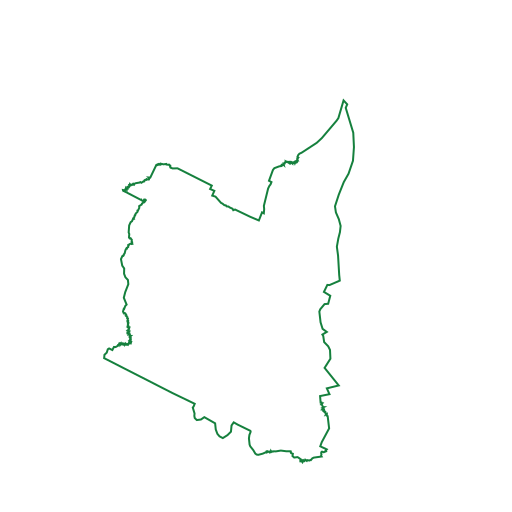 the district of Agusan del Sur, Agusan del Sur, Philippines, rotated 26°
{"feature_id": "2640588B20221108717018", "entity_name": "Agusan del Sur", "entity_type": "district", "adm_level": 2, "iso_a3": "PHL", "parent_name": "Philippines", "parent_adm1": "Agusan del Sur", "projection": "albers", "projection_center": [125.526, 8.58], "detail": "fine", "context": "isolated", "style": "outline", "palette": "green", "viewbox_px": 512, "rotation_deg": 26, "n_neighbors": 0, "source": "geoboundaries", "source_scale": "gbopen_adm2", "svg_char_len": 6160}
<svg xmlns="http://www.w3.org/2000/svg" viewBox="0 0 512 512"><g transform="rotate(26 256 256)"><path d="M126.5,217.9L126.6,231.9L125.1,232.5L126.0,232.8L125.9,233.6L126.2,234.1L125.4,234.7L124.0,234.8L123.9,235.8L123.1,236.0L122.6,236.8L122.9,237.9L122.5,238.3L122.1,238.3L120.9,240.4L119.6,240.3L119.2,241.0L116.1,243.2L114.9,244.6L115.0,245.1L114.1,244.9L114.1,245.8L113.5,245.8L113.5,246.3L113.0,246.5L112.6,247.3L111.2,246.7L111.3,247.2L110.9,247.6L111.7,248.2L111.0,249.2L111.5,249.0L111.7,249.3L111.6,249.8L110.7,249.5L111.2,250.0L110.6,250.7L110.5,251.3L111.1,251.8L110.4,252.4L110.6,252.9L110.0,252.6L110.3,253.1L109.8,253.7L109.3,253.4L109.3,254.8L108.9,254.5L108.5,255.1L108.2,254.5L108.2,254.8L107.5,255.0L107.9,255.5L127.8,256.0L128.1,255.6L129.0,256.1L130.7,256.2L131.2,255.4L130.9,254.8L131.4,254.6L131.1,254.1L131.9,253.8L132.5,254.1L132.1,256.4L131.7,256.3L130.5,259.0L130.7,259.8L129.1,262.4L130.0,263.9L130.0,266.7L129.6,267.1L130.0,267.5L130.1,268.4L129.3,270.5L129.6,272.5L129.3,272.8L129.6,273.6L129.3,273.3L129.3,273.6L129.7,274.9L129.2,275.8L129.8,276.2L129.2,276.6L129.3,279.1L128.5,280.6L128.6,284.1L131.2,290.6L132.5,291.9L133.7,295.0L134.4,295.4L135.1,295.1L135.2,295.5L136.0,295.3L137.3,295.9L137.8,297.4L138.5,297.7L139.1,298.7L138.8,299.0L139.4,299.4L139.0,299.7L138.3,299.3L136.9,301.2L136.9,302.1L136.4,302.3L137.2,304.0L136.6,304.9L136.7,305.8L136.2,305.8L136.1,308.0L136.8,311.3L136.5,312.4L136.8,313.4L136.7,314.0L136.2,314.1L135.9,314.6L136.0,318.0L140.0,323.3L143.0,325.0L145.2,329.8L148.0,332.4L151.4,333.7L153.6,337.3L154.3,345.8L155.5,351.5L161.0,356.4L160.4,358.2L160.7,361.3L160.3,361.4L160.8,364.2L161.8,365.1L162.8,364.9L162.9,365.4L163.9,365.0L165.5,366.0L165.9,366.6L165.6,366.9L167.3,367.4L167.5,368.4L168.4,368.5L168.8,370.5L169.5,370.3L169.7,370.8L169.4,371.2L169.9,371.8L170.5,371.8L170.7,372.3L170.3,372.6L171.0,373.5L171.0,374.3L171.7,374.5L172.0,375.0L171.7,375.8L173.0,375.6L172.8,376.2L173.5,376.2L173.4,376.8L173.8,377.1L173.6,377.5L173.9,377.9L173.3,379.0L174.2,378.9L174.4,379.5L175.1,379.3L174.8,380.5L173.9,381.0L174.3,381.8L175.3,381.3L175.7,382.4L176.0,382.0L176.7,382.1L176.8,381.6L177.9,382.7L177.4,382.9L177.6,383.1L178.5,382.7L178.2,383.5L178.7,383.9L178.1,384.3L178.4,384.6L179.1,384.1L178.5,384.8L179.5,385.4L179.4,386.7L179.8,386.9L180.2,386.4L180.4,387.1L179.9,387.5L181.0,387.7L180.4,388.5L180.9,389.0L181.6,388.8L181.7,389.4L180.9,389.4L180.8,389.8L179.8,389.4L180.0,390.4L179.4,391.1L179.7,391.2L179.8,392.0L178.8,392.0L178.8,392.4L178.2,392.7L177.7,392.1L177.4,392.4L177.0,392.1L176.9,392.8L176.6,392.3L175.9,393.5L175.4,393.0L175.0,393.7L174.5,393.3L174.3,393.7L173.9,393.5L173.6,394.3L173.2,394.0L173.0,394.9L172.5,393.8L172.1,394.5L171.5,394.4L171.5,396.1L171.1,396.4L171.4,397.0L169.7,399.4L168.2,400.0L168.1,403.5L164.5,403.5L163.7,404.8L164.2,408.3L163.1,411.2L164.3,414.4L240.8,415.8L265.7,415.7L265.9,418.7L265.6,419.9L269.8,424.5L270.7,426.8L272.0,428.5L274.7,429.4L278.2,427.1L280.2,423.5L292.6,424.3L295.9,429.6L299.3,432.8L302.3,434.1L306.0,434.2L308.9,429.5L310.5,424.9L308.3,419.0L308.9,415.3L313.7,415.6L327.5,415.6L328.0,415.9L328.3,416.8L328.5,419.7L329.6,423.0L332.9,428.3L334.3,429.6L338.7,431.7L342.0,433.9L343.6,434.2L345.2,433.7L348.7,430.7L350.7,428.3L351.5,428.1L351.1,427.0L351.6,426.5L352.6,426.4L352.8,426.7L353.6,426.1L354.1,426.4L354.4,425.6L354.9,426.2L355.4,425.8L355.1,424.9L355.6,425.2L356.1,424.6L356.9,424.5L357.1,424.0L359.5,422.9L363.6,420.0L368.6,418.3L373.5,416.0L373.2,416.4L373.5,417.5L374.0,417.8L375.8,417.6L376.5,419.8L378.7,420.4L381.4,418.6L382.3,418.6L385.4,419.1L385.5,420.4L385.9,421.1L387.3,420.4L388.2,421.0L388.3,420.3L387.1,419.6L387.7,418.7L389.4,419.0L389.5,417.5L391.5,417.9L391.6,417.0L393.7,416.4L394.3,415.5L394.8,415.4L395.3,413.2L396.3,411.9L402.8,407.5L402.1,407.1L401.8,405.6L400.9,404.5L400.8,403.3L401.1,402.9L402.9,402.7L404.5,400.9L403.9,400.6L404.4,398.8L397.2,398.9L396.7,394.5L397.3,378.9L390.6,368.5L389.6,368.5L388.9,366.9L388.3,367.7L388.3,367.0L386.7,366.5L387.0,366.2L386.7,365.7L385.5,365.5L385.1,365.0L385.0,365.7L384.4,365.8L383.6,364.3L383.6,364.8L382.9,365.0L383.8,362.9L383.2,363.4L382.3,363.4L383.2,362.1L382.5,362.4L380.3,360.7L379.8,360.8L380.2,359.2L379.3,359.5L379.0,359.0L378.3,359.4L375.0,353.8L382.6,348.0L377.7,343.9L387.1,336.1L366.7,326.5L367.9,315.7L363.7,308.0L360.5,305.5L355.0,303.5L351.5,298.4L350.1,297.5L352.9,293.2L347.8,292.3L343.1,287.3L337.3,278.2L337.1,275.7L338.7,269.2L341.8,267.3L340.2,259.2L332.8,258.5L332.8,250.7L334.8,249.9L342.1,241.4L339.1,236.6L329.6,219.7L324.6,212.2L322.3,204.1L321.0,197.8L318.9,191.9L314.3,186.6L308.7,181.8L305.2,176.7L303.5,164.5L302.5,151.1L303.1,141.5L301.4,127.9L296.3,115.2L289.4,102.6L271.7,83.5L271.5,79.7L266.5,77.8L269.6,96.0L269.1,99.1L263.5,121.1L261.0,127.6L251.7,143.2L250.2,145.0L249.7,146.7L249.8,148.9L250.1,149.2L250.8,149.1L250.5,150.5L250.9,150.6L250.9,151.4L251.5,151.8L251.0,152.0L251.1,152.4L250.5,153.0L251.7,153.4L251.6,154.0L251.4,154.2L251.1,153.6L250.7,154.2L250.4,153.7L250.2,154.4L249.9,154.2L250.1,153.8L249.8,153.8L249.1,154.8L250.1,154.7L250.2,155.6L249.7,155.2L249.1,156.1L249.4,155.4L248.3,155.7L248.8,156.2L248.4,156.5L248.1,156.0L247.5,156.0L248.0,156.9L246.8,156.6L246.4,157.5L246.0,157.0L245.8,157.6L245.4,157.5L245.3,158.0L244.8,157.9L244.6,156.8L243.9,157.2L243.6,157.8L242.3,157.6L242.0,158.1L241.3,158.0L241.7,158.6L240.9,159.3L241.2,160.2L240.1,160.8L241.0,161.9L240.4,161.7L240.6,162.3L239.2,162.6L239.1,163.0L239.7,163.1L239.6,163.9L237.6,165.2L234.0,169.0L233.5,171.2L234.7,182.7L237.5,182.8L237.7,185.3L237.3,187.0L237.3,190.0L241.1,207.5L242.8,210.3L244.3,214.2L242.3,214.1L243.0,222.8L233.4,223.3L216.8,223.4L215.5,224.8L214.2,223.8L211.0,223.9L209.6,223.6L207.8,224.3L206.7,223.7L205.3,224.2L202.9,223.6L201.3,223.6L193.6,220.4L190.2,220.9L190.0,215.7L185.4,215.9L185.4,212.1L147.0,211.6L142.8,213.8L140.5,214.1L139.7,213.5L139.7,212.8L139.3,212.3L138.4,212.4L137.9,212.0L136.0,212.9L134.8,213.1L134.7,212.8L132.6,214.2L131.1,214.5L130.4,215.4L129.9,215.0L129.6,215.9L129.1,215.6L127.9,217.0L127.7,216.4L127.3,216.8L127.6,217.3L126.5,217.9Z" fill="none" stroke="#15803d" stroke-width="2"/></g></svg>